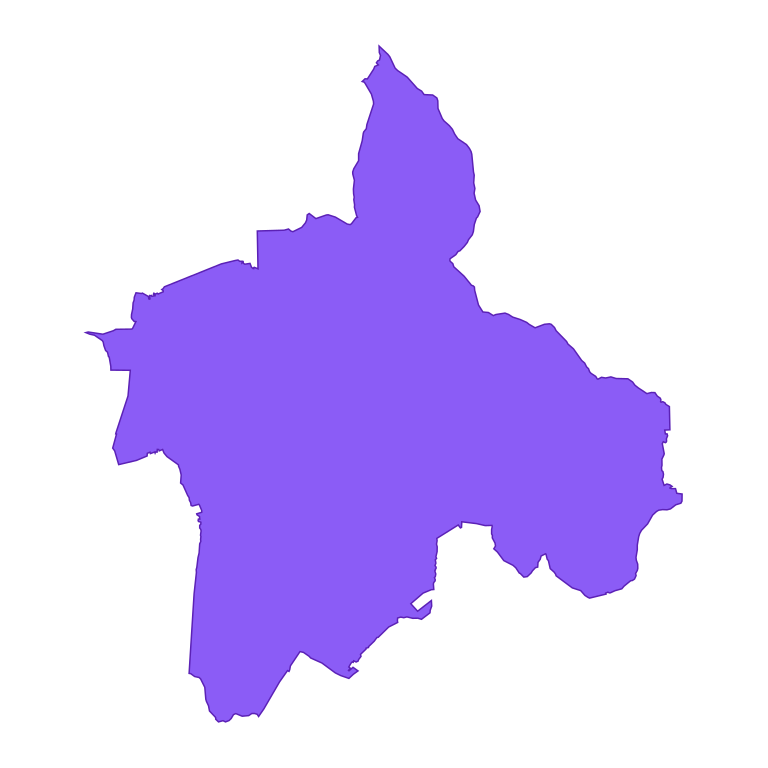 Stanita, Neamt, Romania
{"feature_id": "2599482B66033440846338", "entity_name": "Stanita", "entity_type": "district", "adm_level": 2, "iso_a3": "ROU", "parent_name": "Romania", "parent_adm1": "Neamt", "projection": "orthographic", "projection_center": [27.139, 47.016], "detail": "fine", "context": "isolated", "style": "filled", "palette": "violet", "viewbox_px": 768, "rotation_deg": 0, "n_neighbors": 0, "source": "geoboundaries", "source_scale": "gbopen_adm2", "svg_char_len": 6103}
<svg xmlns="http://www.w3.org/2000/svg" viewBox="0 0 768 768"><path d="M189.1,673.4L190.8,673.7L194.6,676.5L199.1,677.5L200.6,678.9L204.8,687.3L205.8,699.2L206.4,701.3L208.5,705.8L209.5,711.0L215.1,716.9L215.7,717.8L215.7,719.2L218.5,721.9L223.0,720.7L225.5,721.9L229.0,720.6L231.2,718.5L233.5,714.6L235.8,713.6L242.2,716.2L248.7,715.6L251.8,713.5L254.6,713.5L257.2,714.3L258.6,716.5L263.8,709.0L279.6,681.8L287.5,670.6L289.0,671.4L289.7,669.8L290.4,665.9L300.0,651.6L303.5,652.4L309.0,656.2L310.7,658.0L321.9,663.0L335.3,672.9L340.8,675.6L348.9,678.4L353.3,674.3L358.0,670.9L353.0,667.3L349.0,670.8L348.5,670.4L350.4,668.3L348.8,667.0L351.0,663.2L352.3,661.9L353.2,662.3L353.7,660.8L356.1,662.0L358.1,661.1L358.6,659.6L361.0,656.4L360.5,654.4L366.0,649.1L366.0,648.2L368.5,647.5L368.5,646.7L374.3,641.1L376.9,637.5L378.2,637.3L388.7,627.0L397.7,622.4L397.4,620.8L397.6,618.0L400.8,617.1L403.8,617.7L406.9,616.9L412.7,618.3L417.8,618.2L421.5,619.3L430.0,612.8L430.2,610.3L431.7,606.1L431.4,600.5L417.6,611.2L410.8,603.7L423.1,593.1L431.3,589.7L433.8,589.5L433.4,584.0L433.7,582.6L435.1,580.9L435.2,579.5L434.4,577.6L435.3,576.7L435.8,574.0L434.8,570.8L435.4,570.0L435.3,569.3L436.0,568.6L436.1,567.2L435.0,565.6L435.9,563.2L435.3,559.8L436.6,558.4L435.9,556.8L437.1,551.6L437.2,546.8L436.5,544.1L437.1,540.7L436.8,538.4L458.2,525.0L460.4,527.9L461.5,527.4L461.8,521.8L476.5,523.6L485.2,525.6L492.0,525.4L492.2,526.6L491.6,529.6L491.6,533.9L492.4,535.5L492.3,537.9L495.0,543.0L495.5,546.0L493.8,548.8L497.4,552.0L503.8,560.6L513.0,565.3L515.8,567.8L519.3,573.1L520.3,573.5L523.8,577.1L527.3,576.6L531.2,572.9L532.4,570.9L535.5,567.6L537.7,567.1L538.0,562.4L540.2,559.3L541.1,556.0L545.5,553.8L546.0,554.2L547.2,559.2L548.4,560.6L550.2,568.6L554.2,572.2L555.6,574.2L556.1,575.8L572.3,587.9L580.7,590.6L584.9,595.4L588.0,597.4L589.6,598.1L606.0,594.1L605.7,593.1L607.9,592.2L609.4,592.9L610.4,592.8L615.0,590.7L621.8,588.8L624.1,586.1L630.7,580.7L632.4,580.5L634.5,579.1L636.1,575.6L635.6,573.5L637.3,570.5L637.8,568.4L637.7,564.1L636.3,560.2L636.0,557.3L637.3,549.7L637.3,545.1L638.7,536.7L639.7,533.5L641.5,530.3L647.6,523.9L652.6,515.1L656.5,511.5L658.7,510.2L662.6,509.6L667.0,509.8L670.5,508.9L675.8,504.8L680.9,503.2L682.0,501.1L682.1,494.0L676.8,493.3L675.5,488.6L671.2,488.6L670.0,488.1L670.1,487.6L672.1,486.4L670.0,484.9L666.9,484.0L664.1,485.4L662.1,479.2L663.1,477.3L663.5,474.2L662.9,471.5L661.8,470.6L661.5,467.5L662.0,465.3L661.9,459.1L664.0,454.7L664.2,453.6L662.3,443.7L663.3,441.7L665.3,442.7L666.2,442.1L666.6,441.1L666.4,438.8L667.6,435.8L667.1,433.9L665.4,433.9L664.7,430.1L669.9,429.8L669.4,406.6L665.9,404.4L664.9,402.8L662.8,401.7L661.1,402.2L660.6,401.7L660.9,399.8L660.3,398.2L657.3,396.1L654.9,392.6L651.4,392.5L646.9,393.6L638.3,387.9L634.9,385.2L632.6,382.0L627.9,378.8L616.1,378.5L610.9,376.9L605.6,378.0L601.5,377.3L598.1,379.1L597.3,379.0L595.8,376.5L591.0,373.3L589.6,371.7L588.5,368.7L586.6,366.9L584.7,363.1L581.7,360.5L573.5,348.9L567.9,344.0L566.6,341.5L556.1,330.7L554.5,327.5L551.2,324.3L549.4,323.8L544.4,324.3L535.1,327.8L529.2,324.4L526.7,322.4L520.2,319.5L512.7,317.1L508.5,314.4L505.0,313.1L495.9,314.5L493.3,315.6L488.4,312.5L482.9,312.0L478.5,305.0L474.7,290.4L474.4,287.0L473.1,285.8L471.5,285.3L464.1,276.2L453.8,266.8L452.8,263.6L450.2,261.3L449.8,260.2L450.1,258.7L455.8,254.7L458.1,251.4L459.9,250.8L464.2,246.4L467.3,242.5L468.5,239.7L472.3,234.8L473.4,231.5L474.3,224.5L476.4,218.1L477.6,216.9L480.1,211.5L479.1,205.7L475.6,200.0L474.1,193.2L474.9,188.5L473.7,182.9L474.2,175.1L473.5,172.0L471.8,154.3L471.1,151.6L469.4,148.4L466.5,144.6L457.8,138.7L454.7,134.1L452.4,129.3L449.4,125.7L444.1,121.0L442.3,118.6L438.0,108.5L437.8,100.8L436.9,98.0L432.7,95.0L424.1,94.6L421.6,91.1L417.3,88.5L407.2,77.1L397.7,70.6L395.1,68.1L389.8,56.8L388.0,54.5L379.1,46.1L379.3,52.6L380.5,55.4L379.5,60.0L377.7,60.9L376.4,62.8L378.3,64.9L374.8,66.4L373.7,69.1L367.4,78.9L365.0,78.8L362.2,81.5L364.1,82.1L365.0,83.2L371.4,94.1L373.4,101.2L373.6,104.0L366.9,124.5L366.3,128.7L363.8,131.8L363.3,133.2L362.2,140.8L358.6,153.7L358.6,160.7L353.8,168.7L352.7,172.0L352.8,174.1L354.4,180.3L353.4,189.1L353.6,193.9L354.2,197.1L353.8,199.6L354.6,204.9L354.4,207.2L356.6,215.6L357.5,217.3L356.1,217.7L351.5,223.7L350.2,224.6L347.3,224.1L335.4,217.1L328.2,214.8L326.3,215.0L315.9,218.6L309.2,213.5L307.2,214.9L306.7,220.0L305.4,222.9L301.7,227.4L292.9,231.7L290.8,231.0L288.5,229.0L284.2,230.2L257.3,231.0L258.0,268.8L254.2,267.3L253.8,267.6L253.7,268.6L253.0,268.5L251.5,267.2L250.0,263.4L244.8,264.2L243.4,263.3L243.2,261.9L242.0,262.9L242.2,261.3L239.7,261.3L238.0,260.0L235.2,260.5L221.3,263.9L164.4,286.8L163.0,288.8L161.8,289.5L163.2,290.7L163.2,291.8L158.1,294.0L157.2,293.2L155.4,294.1L153.9,293.2L153.4,294.3L154.1,295.1L155.0,295.2L155.1,295.7L151.9,296.3L151.5,295.5L150.7,295.9L149.9,295.4L148.9,296.5L149.9,297.9L149.9,299.0L149.5,299.2L148.7,298.8L148.8,297.7L148.1,296.3L142.4,293.1L141.5,293.5L136.0,292.8L134.3,297.2L134.1,300.1L133.1,302.9L132.7,309.0L131.5,314.6L131.4,317.5L131.8,318.7L134.1,321.4L135.9,321.6L132.5,328.6L131.6,329.1L115.8,329.3L113.4,330.7L102.9,334.2L88.2,332.0L85.9,332.6L89.8,334.2L94.4,335.2L102.3,340.6L103.2,342.1L103.9,345.7L105.6,350.5L107.5,352.2L108.5,356.6L109.2,357.1L110.8,366.3L110.9,370.1L130.3,370.3L128.0,396.0L116.0,432.7L115.7,433.9L116.5,434.1L112.7,448.1L114.7,450.9L118.7,464.6L136.5,460.4L147.1,456.0L147.3,453.3L150.0,452.2L150.4,453.6L154.7,452.0L155.1,453.1L155.6,452.0L157.1,452.1L157.3,449.4L158.7,449.5L159.2,450.9L162.6,449.5L164.0,453.0L167.0,456.6L178.4,464.8L178.6,466.3L179.9,469.3L181.2,475.0L180.6,483.0L183.0,485.0L187.7,495.5L189.1,497.6L189.4,500.3L190.6,502.5L191.1,505.5L192.6,506.0L198.8,504.3L199.5,505.2L201.7,510.5L201.7,512.3L196.7,513.8L197.0,514.8L199.5,516.5L199.8,519.1L198.4,519.1L198.1,520.5L198.5,521.5L200.8,522.1L200.9,522.5L200.8,524.2L199.7,525.3L199.7,528.0L200.7,529.3L201.1,530.9L200.5,535.2L200.9,536.5L200.6,539.4L200.8,541.4L199.7,543.8L199.1,553.0L198.0,557.6L196.8,567.5L196.2,569.5L196.4,572.6L194.1,593.7L189.1,673.4Z" fill="#8b5cf6" stroke="#5b21b6" stroke-width="1.5"/></svg>